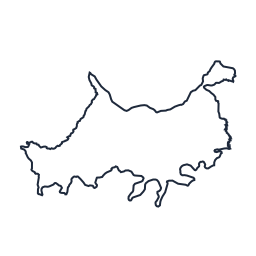 Litsoetse, Thaba-Tseka, Lesotho, rotated 97°
{"feature_id": "5366337B64574994028715", "entity_name": "Litsoetse", "entity_type": "district", "adm_level": 2, "iso_a3": "LSO", "parent_name": "Lesotho", "parent_adm1": "Thaba-Tseka", "projection": "mercator", "projection_center": [28.676, -29.707], "detail": "fine", "context": "isolated", "style": "outline", "palette": "slate", "viewbox_px": 256, "rotation_deg": 97, "n_neighbors": 0, "source": "geoboundaries", "source_scale": "gbopen_adm2", "svg_char_len": 5814}
<svg xmlns="http://www.w3.org/2000/svg" viewBox="0 0 256 256"><g transform="rotate(97 128 128)"><path d="M77.7,172.8L82.1,173.2L85.1,172.1L88.2,169.9L90.1,169.2L90.9,167.3L91.7,166.5L92.8,166.4L93.3,164.9L94.2,165.0L95.0,164.6L96.6,164.5L96.9,164.0L96.7,163.6L96.9,163.1L98.4,162.5L99.2,163.7L100.0,163.7L103.5,165.3L104.0,166.3L105.4,167.2L105.8,167.3L106.7,166.9L108.9,167.7L110.0,168.9L111.2,169.3L113.9,171.5L115.9,171.8L116.3,172.3L120.0,172.7L121.2,173.5L122.3,173.4L123.2,174.1L124.8,176.1L126.9,176.7L127.2,177.6L128.3,178.8L129.1,178.5L129.7,179.0L130.8,179.2L132.2,179.0L134.3,179.4L135.6,180.9L136.2,182.0L136.8,182.2L137.9,181.7L138.4,181.8L139.6,182.5L140.3,183.8L142.1,184.4L142.7,184.3L143.2,184.7L143.4,185.7L144.6,187.2L145.7,185.9L146.8,186.3L147.9,187.6L148.2,188.7L148.7,189.0L150.0,191.7L150.3,191.9L151.3,191.7L153.3,193.5L153.9,193.5L154.4,194.5L154.2,195.6L155.2,196.8L156.8,197.8L157.6,199.1L157.7,200.4L157.4,201.3L158.4,202.6L158.0,203.7L158.2,205.4L157.9,206.2L156.9,206.4L156.5,207.7L156.8,209.5L158.0,212.1L156.8,213.8L155.5,214.8L155.6,216.0L155.3,216.6L154.5,217.0L154.7,218.5L154.4,220.1L153.3,221.3L153.5,222.4L154.2,223.1L154.8,224.8L154.8,225.5L154.2,226.0L154.2,226.4L154.7,226.7L155.9,226.2L156.0,225.1L156.4,224.1L158.7,224.8L159.1,225.3L159.5,227.4L159.1,229.8L159.2,231.3L159.5,232.0L161.4,231.5L162.0,228.5L163.3,227.0L164.5,226.4L165.4,226.5L166.4,225.7L168.9,224.2L170.3,223.0L172.1,220.4L173.9,219.1L179.9,218.4L180.9,218.8L181.4,218.6L182.3,217.6L183.1,215.5L183.4,215.0L184.3,214.7L184.7,214.0L184.4,213.0L184.5,211.8L185.3,210.7L186.8,210.8L187.9,210.5L195.3,210.8L197.9,209.5L199.6,209.9L203.8,209.5L204.5,208.8L204.5,207.8L205.2,205.1L204.6,204.8L200.7,206.3L199.1,206.4L197.3,205.6L196.2,203.5L196.1,200.5L195.6,199.1L193.2,195.1L191.7,194.1L191.4,193.0L192.5,190.8L193.3,189.9L193.7,187.7L194.9,186.7L195.5,186.3L199.3,188.0L200.1,187.7L200.5,186.5L200.3,183.3L200.7,182.6L201.5,182.1L201.3,181.1L198.8,180.4L194.2,180.4L193.2,179.6L191.6,179.3L189.3,177.8L187.6,177.5L186.2,177.9L185.1,177.7L183.1,176.1L182.7,175.4L182.8,173.3L182.3,172.7L182.3,171.8L184.3,169.1L187.5,165.5L189.7,163.6L190.4,160.1L189.6,158.8L189.6,156.0L190.1,155.4L191.2,154.9L191.6,154.0L191.5,153.6L190.2,152.1L189.1,151.8L188.3,151.9L187.2,153.1L186.1,153.8L181.3,152.9L181.0,152.7L180.6,150.2L179.7,147.6L178.3,146.9L176.0,145.2L174.6,143.6L172.4,139.8L171.3,139.1L170.6,139.5L169.4,138.7L168.5,136.3L167.6,135.5L168.0,133.9L171.2,131.9L171.6,130.9L172.7,129.7L171.6,126.7L170.5,125.4L170.0,122.5L170.9,119.3L174.0,116.7L174.3,115.6L174.0,108.8L175.3,106.8L176.0,106.4L178.6,107.1L179.5,108.1L182.5,114.3L184.3,115.4L189.4,115.2L190.6,115.5L192.7,117.2L196.1,119.0L198.2,118.9L199.2,118.4L199.7,117.6L199.6,116.4L199.1,116.0L197.2,115.3L196.3,114.5L193.0,107.7L189.2,105.0L186.7,103.8L182.1,104.1L180.7,103.6L178.2,101.2L176.1,96.8L175.8,94.5L176.0,93.2L176.7,92.2L177.8,91.1L183.4,87.9L184.5,88.0L185.8,88.5L186.8,89.4L187.7,91.0L189.3,90.9L191.9,89.2L193.0,89.1L196.6,90.5L198.1,91.5L199.0,91.6L201.1,91.0L202.1,89.9L202.3,88.4L200.9,86.9L197.3,86.9L195.5,86.6L191.7,85.4L187.3,83.3L178.5,81.9L177.6,82.1L176.9,82.8L176.2,82.7L175.3,80.9L174.8,77.4L177.2,71.5L177.3,63.8L178.0,61.9L177.7,61.2L175.7,60.4L173.4,58.6L172.2,57.2L171.6,55.8L170.3,56.0L169.4,56.9L168.0,63.7L167.9,66.2L168.3,68.4L167.5,69.9L165.5,70.7L164.5,70.7L162.5,71.3L161.1,71.0L159.4,70.0L158.2,68.5L156.9,65.0L157.7,61.2L161.6,56.7L161.7,55.9L161.0,55.1L159.3,54.4L157.4,52.8L156.1,52.8L155.1,53.2L154.0,52.9L152.8,52.0L152.6,50.7L152.1,49.7L152.4,48.7L154.2,47.3L155.0,46.9L156.8,47.2L157.7,46.7L158.5,45.2L158.3,43.4L156.2,41.0L154.7,38.8L154.5,37.9L151.6,38.2L149.2,37.6L147.1,36.1L146.0,34.1L145.2,33.5L142.1,32.7L141.4,31.9L140.2,32.4L139.9,33.2L140.2,35.2L141.1,37.0L141.0,38.7L140.1,39.4L139.2,39.0L138.3,36.8L138.4,35.1L136.6,30.0L136.1,27.5L136.5,25.1L136.0,24.0L135.0,24.8L134.3,24.8L134.5,25.1L134.3,25.9L133.9,25.9L133.6,26.7L133.2,26.7L132.6,26.0L132.5,26.8L131.8,26.9L130.7,26.2L130.6,27.0L130.1,27.0L129.9,26.9L130.2,26.5L129.7,26.3L129.5,25.8L128.3,25.7L128.0,25.0L127.3,25.7L127.2,25.0L126.3,25.5L126.0,24.8L125.6,25.4L125.1,25.5L125.1,24.8L124.7,24.8L123.8,25.6L123.9,26.3L123.1,26.5L122.8,27.1L122.1,27.3L121.5,28.3L120.9,28.7L120.8,29.4L119.7,29.7L119.2,30.4L118.8,30.1L118.3,30.3L118.2,30.6L117.1,29.9L116.7,30.5L117.0,31.3L116.1,30.9L116.0,30.6L116.2,30.2L115.8,30.0L113.6,31.4L113.3,31.2L113.9,30.2L113.6,29.8L112.9,30.3L112.7,31.2L112.0,30.3L111.2,30.9L110.6,31.0L110.1,30.4L109.4,31.3L108.2,31.4L108.0,32.1L107.6,32.3L107.9,32.9L107.0,34.0L107.3,34.8L107.2,36.5L106.7,37.9L106.3,38.3L102.7,39.2L100.6,40.3L92.5,41.1L91.8,41.7L90.5,41.7L90.3,42.0L90.3,43.8L89.9,44.2L88.9,44.8L86.6,45.1L84.5,47.2L83.2,49.5L81.4,51.9L80.5,54.9L78.8,57.3L78.0,57.7L77.6,57.7L76.9,56.9L75.8,54.9L75.6,54.1L75.7,51.1L75.5,49.7L74.4,47.6L72.5,46.2L72.3,45.5L72.2,43.2L71.1,41.7L70.3,40.9L69.9,39.8L69.3,39.2L68.3,39.0L68.4,37.2L67.8,36.5L68.6,35.2L68.5,34.7L69.0,33.9L68.8,33.6L68.4,33.6L69.1,30.0L68.7,29.8L69.1,29.2L68.6,29.1L66.6,30.1L65.0,29.8L63.5,27.7L62.9,27.8L62.7,28.7L62.2,29.0L60.7,28.4L58.0,28.9L56.8,29.8L55.9,31.2L55.3,40.8L52.7,44.1L50.9,44.9L50.8,45.3L51.1,48.9L51.5,49.6L52.6,50.1L53.7,50.2L57.8,52.5L60.0,53.5L61.4,53.8L63.3,55.5L64.5,55.5L65.2,56.0L66.3,59.0L67.0,59.4L69.6,59.9L72.6,59.2L76.3,60.5L77.1,61.8L82.2,65.7L83.1,68.0L84.8,70.0L93.7,73.0L94.8,74.8L97.5,76.2L98.5,77.8L98.5,78.6L99.3,80.6L101.1,84.1L104.4,88.3L105.3,91.2L106.1,92.5L107.0,97.4L109.0,101.1L108.8,102.0L107.1,103.7L106.2,105.2L105.3,108.7L103.4,112.1L103.3,114.5L104.1,118.1L106.5,124.6L107.6,126.9L110.1,129.6L111.2,131.4L110.8,133.7L103.8,146.8L101.6,148.2L97.0,150.2L94.9,151.7L93.1,155.2L90.0,159.6L83.7,165.3L80.9,167.3L79.1,171.2L78.0,172.1L77.7,172.8Z" fill="none" stroke="#1e293b" stroke-width="2"/></g></svg>